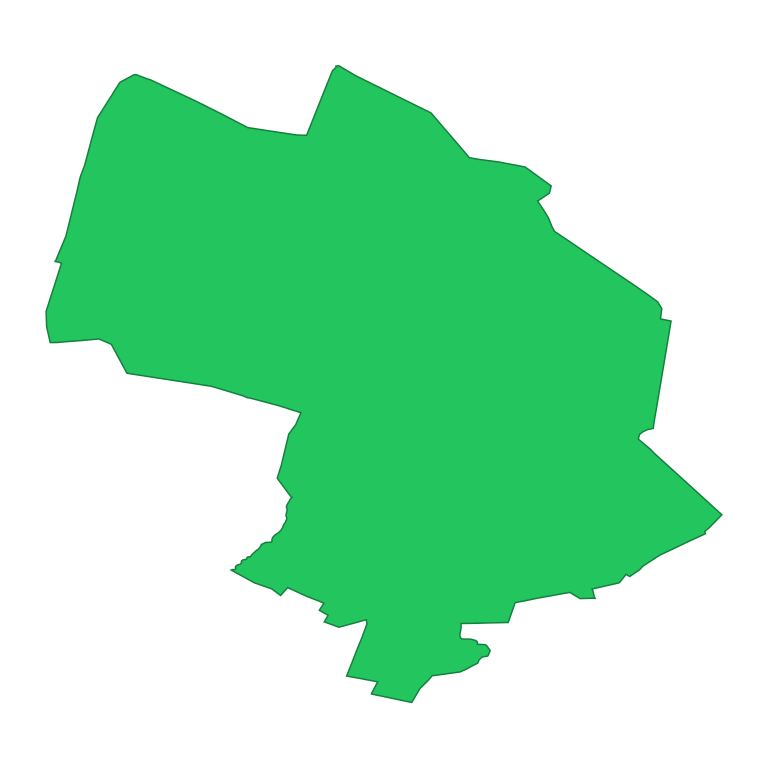 the district of Preiļi, Preilu, Latvia
{"feature_id": "27541924B35723190780065", "entity_name": "Preiļi", "entity_type": "district", "adm_level": 2, "iso_a3": "LVA", "parent_name": "Latvia", "parent_adm1": "Preilu", "projection": "natural_earth1", "projection_center": [26.72, 56.291], "detail": "fine", "context": "isolated", "style": "filled", "palette": "green", "viewbox_px": 768, "rotation_deg": 0, "n_neighbors": 0, "source": "geoboundaries", "source_scale": "gbopen_adm2", "svg_char_len": 4067}
<svg xmlns="http://www.w3.org/2000/svg" viewBox="0 0 768 768"><path d="M335.9,66.1L336.0,67.3L332.5,70.7L332.4,70.9L326.5,85.4L306.6,135.3L296.7,135.0L267.9,130.7L261.1,129.6L259.7,129.4L247.7,127.6L221.2,113.8L195.6,101.0L150.0,79.6L148.1,79.2L136.9,74.9L136.3,74.7L135.9,74.6L135.6,74.6L135.0,74.6L134.5,74.7L134.1,74.8L133.5,75.0L133.1,75.2L123.5,80.4L121.3,81.5L120.3,82.2L120.0,82.4L119.8,82.6L119.7,82.7L119.5,82.9L119.4,83.1L119.3,83.3L114.2,91.2L112.0,95.0L110.0,98.0L109.8,98.4L109.4,99.0L108.1,101.0L105.1,105.7L100.8,112.5L100.1,113.7L99.7,114.2L97.9,117.1L97.7,117.3L97.6,117.5L92.6,135.5L84.6,165.5L80.6,176.0L79.8,178.8L77.0,191.2L67.2,231.0L65.9,236.2L55.8,260.4L55.1,261.5L59.0,262.2L61.5,263.3L46.1,311.4L46.6,326.5L50.2,342.6L56.5,342.5L57.0,342.5L64.9,341.8L71.6,341.3L80.7,340.6L98.6,339.0L100.8,339.8L102.9,340.6L111.3,344.3L127.0,373.3L211.4,386.3L232.4,392.6L241.4,395.3L245.9,397.0L246.4,397.4L247.0,397.6L250.6,398.2L257.5,400.0L263.6,401.6L270.9,403.6L273.2,404.2L279.5,405.9L281.1,406.5L283.3,407.1L292.8,410.2L300.9,412.7L300.8,413.0L295.9,424.2L295.8,424.5L288.8,434.0L281.4,464.9L277.2,478.2L290.9,496.7L291.1,496.9L292.0,497.3L291.5,497.8L290.3,499.1L289.1,501.5L288.2,502.7L287.2,504.6L286.5,506.1L286.4,506.8L286.9,508.4L287.1,509.7L286.8,511.5L286.2,514.2L286.0,515.7L286.5,517.2L286.8,518.0L286.8,518.4L286.6,519.3L285.0,523.0L284.0,524.1L283.2,525.8L282.6,527.6L281.1,530.0L279.4,531.8L278.1,533.1L276.7,533.8L274.6,535.3L272.9,537.2L272.2,538.5L272.0,539.8L271.9,540.4L272.0,541.2L271.6,541.8L271.0,542.1L270.7,542.4L269.6,542.2L268.8,542.4L266.8,542.3L264.9,542.8L264.7,542.9L263.2,543.6L261.9,544.2L261.1,545.0L260.4,546.7L258.8,548.6L258.2,549.4L256.2,550.6L254.7,552.1L253.9,552.7L252.9,553.7L251.6,554.9L250.9,556.2L250.2,556.9L247.9,556.9L247.0,557.6L246.7,558.6L246.3,559.3L242.9,559.9L241.5,561.0L241.3,562.0L241.5,563.0L240.8,563.7L240.1,564.3L238.7,564.6L237.5,564.9L236.2,565.8L235.5,566.6L235.4,567.5L235.8,568.5L235.6,569.0L235.0,569.4L234.2,569.6L232.7,569.5L231.2,570.1L254.5,582.9L271.8,588.9L280.6,595.5L287.7,587.6L306.2,596.1L323.9,603.1L319.3,610.3L328.1,615.3L324.3,621.9L338.9,627.2L352.6,623.5L366.3,619.7L367.0,623.9L361.8,637.9L359.0,644.7L356.3,651.4L353.8,657.9L350.5,666.3L347.8,673.2L346.6,676.1L353.0,677.2L376.2,681.5L377.7,681.8L375.6,685.8L371.9,692.7L371.5,693.9L373.9,694.5L404.2,700.9L407.1,701.5L411.8,702.4L419.9,688.6L427.8,680.8L431.8,676.2L432.4,675.5L434.3,675.5L447.4,673.7L460.2,671.9L467.3,668.7L467.7,668.4L473.0,665.5L477.7,663.2L478.6,661.2L479.2,659.8L480.7,658.3L482.6,656.9L486.6,656.3L487.7,656.0L488.1,655.4L488.6,654.5L490.2,650.7L489.5,649.7L487.4,646.6L486.1,645.2L485.7,644.8L484.8,644.6L479.5,644.4L477.5,644.2L477.1,643.6L477.2,642.8L477.5,642.2L477.1,641.5L475.6,640.5L472.6,639.6L470.0,639.1L465.9,639.1L462.3,639.0L461.2,638.6L460.4,637.5L459.8,635.7L460.0,633.6L460.1,633.1L460.8,629.9L461.0,628.0L461.1,625.8L461.0,623.6L462.0,623.5L475.5,623.3L489.5,622.9L490.8,622.9L508.2,622.5L513.3,608.0L515.1,602.7L539.0,597.9L569.8,592.4L580.1,598.6L593.0,598.2L595.1,598.3L594.8,597.8L594.4,596.9L594.2,596.3L594.0,595.7L593.9,595.1L593.7,594.5L593.6,594.0L593.5,593.2L593.3,592.3L593.1,591.6L593.0,591.3L592.8,590.9L592.6,590.3L592.0,589.0L595.3,588.3L619.2,582.8L622.7,578.6L626.1,574.4L629.7,576.5L639.7,569.7L642.6,566.4L659.5,555.3L682.3,544.5L688.7,541.4L692.2,539.8L705.5,533.7L704.7,531.5L708.5,528.4L721.9,514.8L678.0,474.8L654.9,453.9L650.5,449.4L638.4,439.2L639.4,434.5L642.7,431.9L647.3,429.7L653.3,428.4L653.7,424.4L659.4,390.8L667.6,341.9L670.7,323.2L671.1,321.1L660.5,318.9L661.8,308.6L657.7,301.9L650.1,296.3L649.3,295.7L634.9,285.7L590.6,255.8L564.2,237.9L554.5,231.4L552.2,227.2L548.5,218.0L545.2,212.5L538.0,201.6L537.6,201.1L545.6,195.7L549.4,193.2L551.2,186.0L528.2,169.2L525.0,167.0L498.9,162.0L477.6,159.2L469.4,157.7L453.1,138.6L448.1,132.8L442.7,126.6L438.1,121.2L431.1,113.0L429.2,112.0L416.9,106.0L409.3,102.2L399.7,97.5L383.0,89.2L377.7,86.6L357.9,76.8L354.9,75.3L338.6,65.6L335.9,66.1Z" fill="#22c55e" stroke="#15803d" stroke-width="1.5"/></svg>